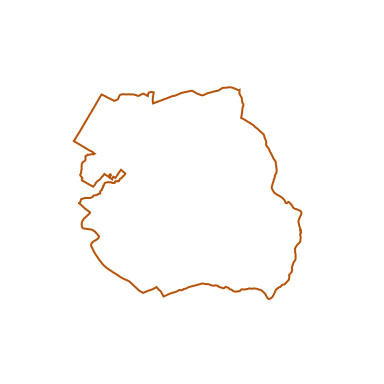 Pargaresti, Bacau, Romania, rotated 213°
{"feature_id": "2599482B11675765739939", "entity_name": "Pargaresti", "entity_type": "district", "adm_level": 2, "iso_a3": "ROU", "parent_name": "Romania", "parent_adm1": "Bacau", "projection": "equal_earth", "projection_center": [26.649, 46.243], "detail": "fine", "context": "isolated", "style": "outline", "palette": "amber", "viewbox_px": 384, "rotation_deg": 213, "n_neighbors": 0, "source": "geoboundaries", "source_scale": "gbopen_adm2", "svg_char_len": 6025}
<svg xmlns="http://www.w3.org/2000/svg" viewBox="0 0 384 384"><g transform="rotate(213 192 192)"><path d="M247.8,276.4L253.5,270.7L254.9,269.2L258.5,263.8L258.7,263.5L260.1,262.3L261.8,260.2L264.2,256.8L272.9,245.1L273.5,245.7L275.2,248.0L275.9,249.2L278.4,254.7L278.8,254.5L281.0,253.5L281.6,252.6L282.4,251.7L282.2,250.6L281.8,249.5L281.3,248.5L283.0,248.2L285.8,248.2L286.6,247.7L286.9,247.5L288.2,245.2L288.8,243.9L289.4,243.4L290.1,243.0L291.3,242.9L293.8,242.1L294.5,241.8L295.9,240.8L298.4,239.4L300.3,238.0L300.9,237.6L302.6,236.8L303.2,236.4L304.9,234.7L305.2,234.2L305.3,233.2L305.0,231.4L304.7,229.6L304.9,228.9L306.8,226.1L311.6,225.6L314.6,225.2L317.6,225.0L321.0,224.5L320.2,208.1L319.8,198.5L319.0,180.4L319.0,176.2L318.8,173.0L318.8,170.3L310.5,170.7L301.0,171.0L299.5,171.1L298.4,171.4L297.2,171.4L296.0,171.2L294.6,171.1L294.9,170.7L295.0,170.0L295.6,170.0L296.2,169.6L298.4,167.4L299.8,166.4L299.6,166.0L300.4,165.1L300.8,164.0L300.7,163.5L299.7,162.4L298.9,161.0L298.8,160.3L298.9,159.5L299.8,157.8L299.9,157.3L299.9,156.8L299.6,155.3L298.1,152.7L297.2,151.5L296.9,150.8L296.6,149.8L295.3,147.4L295.3,147.1L295.3,146.0L295.0,145.4L294.3,144.9L291.5,144.0L291.3,143.3L291.4,142.7L290.7,141.8L277.8,142.6L277.4,144.8L277.6,147.9L277.4,148.8L277.1,149.7L276.6,150.7L276.0,153.0L275.8,155.4L275.4,157.4L275.4,158.8L275.3,159.4L273.2,159.3L270.7,159.4L269.9,159.3L270.2,159.8L270.5,161.7L270.3,162.3L269.6,162.3L269.2,162.0L269.2,161.4L269.2,160.8L269.0,159.8L269.0,159.2L265.8,159.2L266.3,160.3L266.3,162.0L263.9,162.0L263.8,169.6L263.8,170.6L263.6,171.1L263.6,172.0L257.9,171.1L257.9,169.3L258.1,168.3L258.6,167.2L258.5,165.8L258.6,165.3L259.0,164.9L259.6,163.4L259.2,161.6L259.5,160.9L260.3,160.8L260.4,160.5L260.7,160.1L261.1,159.8L261.8,159.6L262.1,159.3L262.2,158.9L261.8,157.9L261.8,157.6L262.3,157.1L263.8,156.1L265.2,156.2L266.3,155.2L267.3,154.9L267.9,154.4L269.3,153.1L270.0,152.1L269.9,151.5L270.0,151.4L269.7,150.1L269.8,149.6L269.7,149.2L269.9,148.7L269.5,148.6L269.3,147.6L269.1,147.2L269.2,146.1L269.2,145.5L269.0,145.2L268.7,144.8L268.8,144.2L269.2,143.6L269.3,143.2L269.2,142.6L269.1,142.1L268.7,141.7L268.2,140.9L268.3,140.4L269.1,139.9L269.5,139.6L269.6,138.7L269.9,138.2L270.4,137.4L271.1,136.7L272.5,135.7L272.6,135.3L272.5,134.7L272.6,134.2L272.8,133.5L273.3,132.7L274.1,131.6L277.0,129.6L278.7,128.7L279.0,128.1L279.9,127.0L281.0,125.8L280.9,124.8L280.2,122.9L280.5,121.6L280.8,121.2L280.6,121.0L278.5,120.9L272.7,119.8L266.9,119.5L266.2,119.1L266.4,117.7L267.3,113.6L268.1,110.9L268.2,108.5L267.8,106.4L266.3,103.9L265.4,103.0L264.1,102.3L263.5,102.2L255.5,105.9L252.1,106.0L248.3,105.0L245.9,104.2L245.6,103.4L245.4,102.4L245.7,101.1L246.3,99.6L247.6,97.1L248.3,94.9L248.1,93.3L246.9,91.5L244.6,90.4L242.2,88.8L238.5,87.0L235.4,85.7L232.1,84.3L230.3,83.9L228.4,83.0L225.4,82.3L221.8,81.8L214.1,81.7L210.2,81.8L205.3,81.7L202.2,81.9L198.7,82.6L196.1,82.8L193.8,82.5L182.4,80.5L178.0,80.8L175.7,84.3L171.9,89.2L170.0,93.0L168.8,92.5L166.7,92.0L164.7,91.8L164.1,91.6L163.5,91.4L162.7,90.8L161.1,90.1L159.4,89.1L158.9,88.9L157.9,90.4L157.3,91.3L155.2,94.7L152.9,97.5L152.0,98.4L151.1,99.6L149.7,101.9L149.5,102.6L149.1,103.0L148.5,103.2L148.1,103.5L147.4,103.7L146.3,105.1L146.2,106.0L144.6,107.5L143.5,109.5L143.1,110.2L140.5,113.2L138.8,115.0L137.9,115.9L134.6,119.7L133.4,121.0L132.8,121.1L131.8,121.7L131.1,121.9L129.5,122.7L128.9,123.2L127.9,123.7L124.4,124.4L123.6,124.8L122.9,125.2L121.4,126.5L119.3,127.4L117.8,127.1L112.8,128.5L112.3,130.6L108.9,131.5L107.4,131.0L106.1,131.5L105.0,131.6L103.9,131.4L103.4,131.4L101.5,131.9L99.8,133.4L99.0,134.0L98.2,134.6L97.9,135.3L97.7,136.5L97.5,137.0L97.3,137.5L96.9,137.8L95.1,138.5L94.4,139.4L93.2,140.3L92.4,141.1L91.8,142.0L91.4,142.4L90.3,142.9L89.4,143.2L89.1,143.4L88.4,144.2L87.3,145.0L85.9,145.7L82.2,146.9L80.3,147.4L75.5,146.6L73.9,145.7L70.7,144.1L69.8,144.0L68.9,144.3L68.4,145.0L67.9,146.2L67.6,146.9L67.5,147.5L67.5,149.2L67.6,150.9L68.3,155.2L68.3,156.4L67.8,157.2L67.3,159.1L66.2,160.6L65.8,163.1L64.1,164.9L63.5,167.8L63.2,170.1L63.0,170.8L63.1,171.6L63.3,172.2L64.1,173.8L65.1,174.8L65.4,175.7L65.1,176.9L64.9,179.4L65.2,179.9L65.4,181.0L66.3,182.2L66.8,182.6L67.2,183.4L67.7,185.1L68.0,186.7L68.4,187.6L68.4,191.4L68.7,192.3L69.4,193.5L69.9,194.0L71.1,196.1L71.8,196.8L72.7,197.5L73.7,199.3L74.2,199.9L74.9,200.5L75.0,203.4L74.9,205.2L74.5,207.1L74.3,208.3L74.3,209.8L76.6,213.8L77.7,214.7L78.6,216.2L78.3,217.2L79.2,217.6L79.3,217.8L78.9,218.0L79.1,218.3L79.5,218.2L80.5,218.7L80.7,219.0L80.1,219.3L83.3,221.8L86.0,224.5L87.1,225.8L88.3,232.7L88.5,233.6L89.6,234.8L90.3,235.1L91.4,235.1L92.4,235.0L94.1,234.6L95.5,234.4L95.9,234.1L97.7,233.9L98.5,233.9L99.2,234.2L100.7,235.2L104.8,236.3L105.7,236.1L106.1,235.5L106.2,234.6L106.4,234.3L106.8,234.0L107.7,234.0L110.1,235.6L111.7,235.9L113.3,236.4L115.4,236.3L116.9,236.4L119.0,236.1L122.7,236.2L126.4,238.1L127.3,238.8L127.9,239.7L128.3,241.1L128.6,241.9L129.6,245.7L130.2,246.9L130.3,247.7L130.4,249.0L131.4,251.0L131.6,251.4L131.5,253.4L131.6,253.9L132.0,254.7L133.0,256.6L133.3,257.1L134.0,257.7L135.1,259.2L136.5,260.7L137.5,261.8L138.2,262.8L138.6,263.1L139.5,263.5L142.2,264.6L143.2,265.4L144.4,266.0L147.1,267.6L148.5,268.2L150.2,269.6L152.1,270.5L153.0,270.7L154.3,271.3L155.1,271.5L155.3,271.7L155.8,272.3L156.4,273.5L157.2,274.7L157.7,275.0L158.0,275.4L159.2,276.1L160.8,277.2L162.2,278.5L163.0,279.2L163.4,279.4L164.9,279.5L166.6,279.8L167.3,279.8L168.2,280.1L169.2,280.2L170.9,280.7L174.7,280.9L175.5,281.1L176.7,281.5L181.2,281.4L184.2,281.3L187.4,281.3L191.2,280.9L192.1,283.3L194.5,288.3L194.9,288.9L195.6,290.8L196.1,292.8L197.1,293.8L197.7,293.8L199.7,295.7L201.6,298.1L205.9,300.3L207.2,302.8L207.7,303.5L207.9,303.1L208.1,302.8L209.3,302.5L210.6,302.4L212.3,302.0L214.0,301.8L215.0,301.5L217.1,300.6L217.7,300.2L219.3,298.8L223.1,295.9L225.0,291.7L226.5,290.0L228.9,287.7L229.7,286.6L232.8,283.3L234.9,279.8L235.5,279.1L236.3,278.5L237.9,278.0L239.4,277.8L241.4,277.3L247.0,277.0L247.8,276.4Z" fill="none" stroke="#b45309" stroke-width="2"/></g></svg>